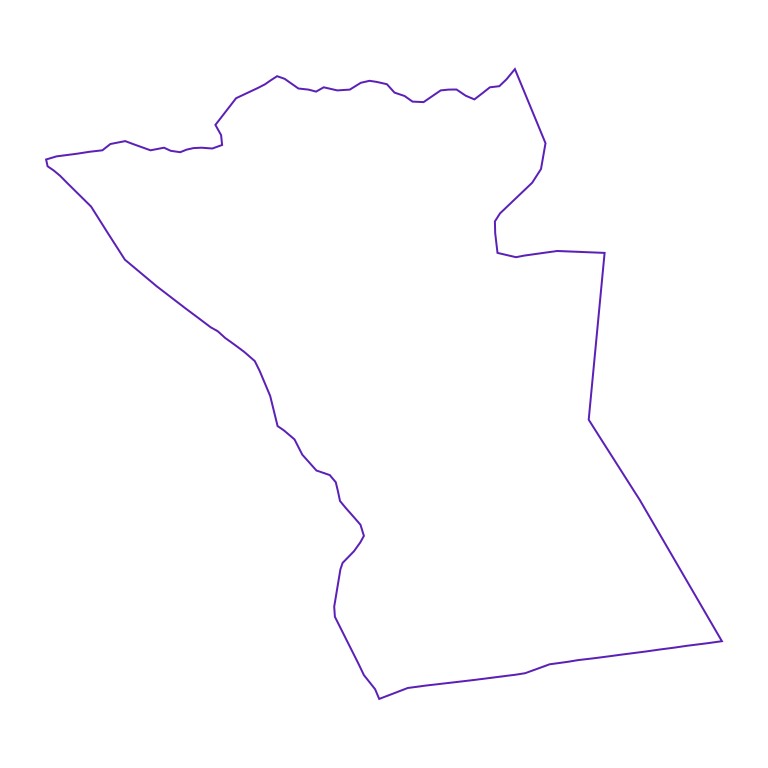 outline of Palhano, Ceará, Brazil
{"feature_id": "56859067B4489324695943", "entity_name": "Palhano", "entity_type": "district", "adm_level": 2, "iso_a3": "BRA", "parent_name": "Brazil", "parent_adm1": "Ceará", "projection": "mercator", "projection_center": [-38.049, -4.715], "detail": "fine", "context": "isolated", "style": "outline", "palette": "violet", "viewbox_px": 768, "rotation_deg": 0, "n_neighbors": 0, "source": "geoboundaries", "source_scale": "gbopen_adm2", "svg_char_len": 1612}
<svg xmlns="http://www.w3.org/2000/svg" viewBox="0 0 768 768"><path d="M514.9,69.1L506.5,79.3L499.3,86.2L489.9,87.3L482.3,93.3L474.4,99.4L465.7,95.7L456.5,89.5L448.5,89.6L440.7,90.4L431.9,96.4L423.6,102.1L412.5,101.6L404.6,96.0L394.5,92.6L386.9,84.2L376.7,81.9L369.5,80.8L360.8,82.8L349.8,89.6L337.3,90.4L323.7,87.3L316.1,91.6L308.5,89.6L298.4,88.5L284.6,78.8L277.1,76.2L270.9,80.2L265.0,84.3L257.8,88.0L236.1,98.2L215.4,124.9L221.1,135.1L222.1,145.0L212.3,148.5L201.4,147.7L193.5,148.1L186.7,149.6L180.2,152.2L170.7,150.8L164.0,147.7L150.5,150.3L134.3,144.5L125.2,141.1L110.4,144.0L102.4,150.3L89.3,151.8L77.2,153.7L56.4,156.4L46.1,159.5L47.6,166.3L53.6,170.4L60.1,175.8L66.9,182.7L91.1,206.6L107.9,233.2L124.9,259.7L156.7,286.3L185.5,308.4L201.7,320.5L210.7,327.3L217.7,331.2L225.2,338.0L234.3,344.5L244.1,351.8L254.8,361.1L259.7,371.0L270.2,396.0L277.6,426.1L283.9,430.4L294.5,439.4L302.3,454.7L316.4,470.5L329.8,475.1L335.8,482.3L338.0,491.5L340.0,501.0L345.6,507.8L354.0,517.3L360.5,524.8L363.9,535.9L360.3,542.4L354.0,551.2L342.6,562.9L340.4,569.4L334.2,606.7L334.9,616.8L358.8,664.4L363.9,675.1L375.1,689.2L379.2,698.9L407.7,688.0L425.5,685.6L473.6,680.0L506.8,675.8L515.7,674.7L525.1,673.2L549.6,664.3L567.9,661.8L578.1,660.1L592.8,658.4L609.1,656.3L620.1,654.8L634.1,653.0L646.5,651.4L659.1,649.6L673.8,647.7L686.8,645.8L708.3,643.1L721.9,641.2L639.5,499.5L634.1,491.1L613.8,459.2L602.7,441.8L588.7,419.7L604.6,252.9L557.0,251.0L524.2,255.6L516.0,257.2L497.5,252.9L495.2,233.2L494.9,221.4L500.0,213.4L532.2,182.7L541.0,169.0L545.5,143.2L514.9,69.1Z" fill="none" stroke="#5b21b6" stroke-width="2"/></svg>